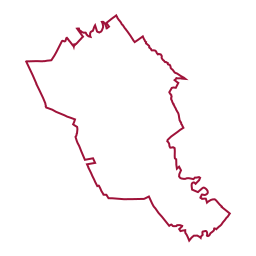 the district of Luna, Cluj, Romania
{"feature_id": "2599482B89175804727577", "entity_name": "Luna", "entity_type": "district", "adm_level": 2, "iso_a3": "ROU", "parent_name": "Romania", "parent_adm1": "Cluj", "projection": "albers", "projection_center": [23.938, 46.482], "detail": "fine", "context": "isolated", "style": "outline", "palette": "rose", "viewbox_px": 256, "rotation_deg": 0, "n_neighbors": 0, "source": "geoboundaries", "source_scale": "gbopen_adm2", "svg_char_len": 5684}
<svg xmlns="http://www.w3.org/2000/svg" viewBox="0 0 256 256"><path d="M200.7,237.9L201.0,236.5L202.7,234.8L202.5,234.0L202.4,232.2L202.7,231.6L203.2,231.5L205.4,231.0L205.9,231.0L206.6,231.5L207.0,232.4L207.2,233.7L207.2,234.4L206.9,235.5L207.2,235.9L208.0,236.1L208.6,235.8L209.1,235.5L209.6,234.9L210.3,233.5L210.6,233.1L212.5,231.7L213.8,230.5L214.1,229.6L214.1,228.7L214.3,228.4L215.9,228.8L216.3,229.2L219.0,226.6L219.9,226.0L221.3,224.7L222.9,222.3L224.8,220.1L226.6,217.6L227.6,216.8L229.8,213.5L221.6,206.9L221.8,206.5L219.8,204.7L216.2,200.5L215.2,199.6L214.6,199.3L212.8,199.4L211.0,199.9L208.8,201.2L207.5,202.1L207.0,202.6L206.4,200.5L205.8,198.7L204.8,198.6L202.1,198.9L201.9,198.5L201.6,198.3L200.5,197.9L200.4,197.6L200.4,197.4L201.1,196.2L201.8,194.6L202.1,194.5L203.2,194.7L203.8,194.9L204.9,195.0L205.9,194.6L207.1,193.8L207.6,193.1L207.8,192.5L207.6,191.0L206.7,189.6L206.0,188.9L204.8,188.0L204.2,187.7L203.5,187.6L203.0,187.8L202.0,188.5L198.7,191.4L198.0,192.1L197.9,192.1L192.1,189.6L191.7,186.6L191.6,185.1L191.9,183.5L192.8,182.7L193.9,182.4L194.8,183.0L195.6,183.8L196.6,182.7L199.1,180.2L200.1,177.8L199.0,177.1L196.5,177.6L194.9,177.6L193.5,179.1L188.9,178.2L187.8,178.2L186.6,178.3L185.7,178.7L185.0,178.9L184.0,178.9L181.5,178.5L180.3,178.0L179.1,176.5L179.3,174.2L181.0,170.3L179.1,166.7L176.9,168.7L176.3,164.5L176.3,163.0L176.2,159.3L175.3,158.7L174.9,158.3L174.8,157.8L174.7,155.9L174.8,151.3L174.7,148.9L174.6,148.1L174.3,147.8L173.7,147.7L173.2,147.3L173.0,147.2L172.1,147.5L171.6,147.5L170.6,147.7L170.3,147.7L169.6,146.5L169.4,145.7L169.2,144.0L169.0,143.4L168.0,141.9L167.3,141.3L167.7,139.8L171.2,136.5L177.7,131.8L180.1,129.9L183.4,127.8L182.3,125.7L181.9,124.7L181.2,123.9L181.1,122.7L180.7,122.0L180.3,121.8L180.1,121.1L179.5,120.0L179.5,119.5L179.1,117.4L178.9,115.9L178.6,114.4L178.1,112.9L177.1,111.4L176.9,110.9L176.1,109.6L175.8,108.6L174.6,106.6L174.3,105.8L173.5,104.5L173.7,104.3L173.6,104.0L173.5,103.9L173.3,103.9L173.0,103.4L172.2,101.7L172.0,100.8L171.1,99.1L171.1,98.5L171.4,98.0L171.2,97.5L171.6,96.6L171.5,96.2L171.3,95.7L171.3,95.1L170.7,94.5L170.6,94.1L170.0,93.6L169.3,92.2L170.9,89.5L171.7,88.0L171.8,87.9L173.5,87.5L175.8,87.8L178.3,82.9L176.8,81.9L174.6,80.1L175.9,79.0L176.4,78.1L177.9,78.4L179.3,78.3L180.6,78.3L181.8,78.6L185.4,78.9L183.9,77.7L180.8,76.0L177.2,73.6L176.6,73.3L175.3,72.9L174.6,72.4L172.6,69.7L171.5,68.9L171.0,68.3L170.7,67.9L170.6,67.4L170.5,66.4L170.4,66.0L169.8,65.2L169.7,64.8L168.2,64.5L167.9,64.2L167.8,63.7L167.8,63.0L166.7,62.5L166.2,62.1L165.8,62.0L165.1,62.1L164.3,61.3L164.0,60.7L162.9,59.9L162.0,58.6L161.7,58.0L161.6,57.6L161.8,56.6L161.6,55.8L161.6,55.6L160.6,54.3L159.9,54.3L158.8,53.9L158.5,54.0L158.0,54.4L157.8,54.4L157.6,54.1L157.4,53.7L156.9,53.2L156.5,52.5L156.2,51.6L155.6,50.9L154.9,50.5L153.4,50.3L152.1,50.4L151.8,50.4L151.2,49.7L151.0,49.0L150.7,48.8L150.3,48.3L149.3,47.6L149.2,47.4L149.3,46.4L149.0,45.8L146.9,44.0L146.1,43.5L145.9,43.1L145.9,42.8L146.1,42.1L145.5,41.6L144.9,41.0L144.7,40.2L143.8,38.8L142.8,36.4L138.1,39.8L134.7,42.1L134.1,41.3L133.5,40.6L132.6,39.1L131.3,37.1L130.7,36.1L127.3,31.3L126.1,29.8L125.7,29.1L125.1,28.6L122.8,25.1L122.1,24.6L121.6,23.9L120.8,22.3L119.9,21.2L119.5,20.6L118.8,19.9L117.3,17.7L117.1,16.9L116.5,16.0L116.2,15.4L114.6,16.7L113.5,17.4L110.7,19.5L110.4,19.8L106.3,23.0L106.8,23.5L107.9,25.1L109.0,26.6L106.8,28.4L106.6,28.4L106.4,27.3L106.1,26.4L105.3,24.5L105.0,23.8L104.6,23.5L103.9,22.4L103.5,22.0L103.0,21.8L101.9,21.9L102.6,23.5L102.8,24.4L103.1,26.2L103.1,27.0L103.0,27.5L102.2,29.6L101.7,30.7L101.0,31.6L100.0,32.1L99.2,32.5L98.8,32.2L97.7,31.9L97.2,31.6L97.0,31.3L95.1,25.3L94.8,25.8L94.2,27.0L93.5,29.1L92.8,30.9L92.1,31.1L90.8,31.9L90.2,33.1L90.1,33.6L90.1,35.3L90.0,35.5L90.5,36.8L88.6,36.3L87.4,35.4L87.1,34.9L86.6,34.6L85.8,32.8L85.7,32.7L85.4,32.6L83.7,32.7L81.6,31.9L81.4,31.8L81.2,31.3L80.5,31.0L79.3,29.9L79.0,29.5L79.0,28.8L78.9,28.5L77.8,28.5L77.1,28.6L78.8,31.0L83.0,36.7L81.9,37.7L80.7,39.1L79.6,40.2L76.7,43.4L76.4,43.5L76.2,43.8L75.9,44.1L75.3,44.2L75.4,44.3L75.0,44.5L74.9,44.8L74.9,45.0L74.7,45.1L74.3,45.5L74.1,45.9L73.9,45.7L73.9,45.8L73.9,46.0L73.8,46.5L73.7,46.2L73.5,45.9L73.3,45.9L72.8,45.4L70.4,42.2L69.5,41.1L69.3,41.0L69.0,40.5L68.2,39.5L68.1,39.2L67.8,39.1L67.7,38.9L67.4,38.4L66.9,37.8L66.5,38.0L66.3,38.2L65.5,40.8L65.1,41.2L64.5,41.4L62.7,40.8L62.1,41.0L61.8,41.4L59.2,46.5L58.5,47.9L56.3,52.2L54.4,55.6L51.7,59.7L51.4,60.2L50.2,60.4L47.0,60.7L44.9,61.1L43.8,61.1L42.2,61.3L36.7,61.1L30.1,61.3L26.5,61.3L26.2,61.5L32.7,75.2L36.4,83.7L36.3,83.9L39.5,90.4L43.1,98.0L45.3,103.3L45.5,104.6L45.9,105.9L45.7,106.5L46.3,107.6L47.1,107.8L52.3,109.7L56.0,111.8L64.5,115.3L67.1,116.6L70.4,117.7L75.0,119.4L74.0,122.4L73.1,124.3L74.3,125.2L77.1,126.9L77.2,127.4L77.3,128.1L77.4,129.3L77.0,133.3L76.6,133.9L76.6,134.5L76.3,135.7L75.5,136.9L76.8,141.0L77.6,143.0L79.1,145.8L80.0,148.0L81.2,151.1L84.9,159.8L93.0,158.3L95.1,162.9L87.0,164.3L88.3,167.0L88.3,167.4L88.3,167.6L88.6,168.0L91.1,173.1L92.4,176.1L94.2,179.7L95.1,181.8L97.3,186.1L98.7,185.6L98.9,185.7L100.3,188.4L101.4,191.0L103.0,193.6L103.5,194.7L106.4,194.8L108.5,198.2L112.6,198.3L123.9,199.2L133.5,199.1L143.8,198.9L144.5,198.7L148.9,196.5L152.1,203.5L153.5,206.1L153.9,206.7L155.4,208.4L158.5,212.9L162.0,216.8L169.2,225.8L170.6,224.8L171.3,224.6L171.5,224.6L172.8,226.0L173.8,226.2L176.3,226.1L176.7,225.8L177.1,225.2L178.4,225.1L179.5,225.1L180.2,225.2L182.2,225.9L182.1,226.3L181.7,226.8L180.7,227.7L179.2,229.1L180.5,231.1L182.5,230.6L185.2,230.2L185.2,231.6L185.4,233.0L186.6,234.7L187.5,236.5L188.2,238.1L189.2,240.6L191.5,237.7L193.8,235.7L197.3,235.6L199.9,237.1L200.7,237.9Z" fill="none" stroke="#9f1239" stroke-width="2"/></svg>